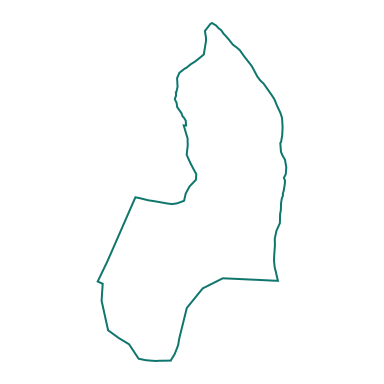 Funakaye, Gombe, Nigeria
{"feature_id": "59680162B83394095212312", "entity_name": "Funakaye", "entity_type": "district", "adm_level": 2, "iso_a3": "NGA", "parent_name": "Nigeria", "parent_adm1": "Gombe", "projection": "natural_earth1", "projection_center": [11.4, 10.81], "detail": "fine", "context": "isolated", "style": "outline", "palette": "teal", "viewbox_px": 384, "rotation_deg": 0, "n_neighbors": 0, "source": "geoboundaries", "source_scale": "gbopen_adm2", "svg_char_len": 2127}
<svg xmlns="http://www.w3.org/2000/svg" viewBox="0 0 384 384"><path d="M252.6,67.6L251.1,65.2L244.1,56.3L241.7,52.8L239.8,50.2L237.1,47.8L232.8,44.6L229.0,39.7L225.5,35.7L223.7,33.9L221.1,30.1L218.5,28.2L216.1,25.5L214.9,24.8L211.9,23.0L210.3,24.1L210.2,24.2L204.9,31.0L206.0,37.8L206.0,41.1L204.6,49.4L203.8,54.5L198.8,58.6L195.0,61.6L190.8,64.2L186.4,67.8L184.9,68.5L179.5,72.7L179.4,72.8L178.1,75.8L177.1,78.1L177.5,86.1L177.6,86.7L176.7,90.5L176.5,91.7L176.1,92.5L175.9,92.5L176.0,93.3L176.0,95.8L174.8,99.1L176.6,102.9L177.2,107.1L181.4,113.1L182.7,116.5L184.1,117.9L185.7,120.6L186.1,125.5L183.7,125.4L184.5,128.0L186.3,134.2L187.5,138.1L187.6,138.3L187.6,138.9L187.6,141.8L187.7,143.7L187.7,144.0L187.7,145.9L187.0,151.7L186.7,154.8L188.0,157.8L190.4,163.1L191.6,165.4L193.2,168.5L195.0,171.9L195.6,172.9L196.3,174.1L195.9,179.8L189.5,186.5L185.7,193.6L184.1,200.7L183.8,200.9L180.0,202.3L177.2,203.3L172.2,204.1L168.0,203.6L159.6,202.1L157.9,201.8L153.1,201.0L148.3,200.3L141.1,198.5L140.8,198.4L135.4,197.3L117.7,237.8L109.6,256.3L107.2,261.7L104.8,266.7L97.7,281.5L102.7,283.8L102.2,291.4L101.6,300.8L108.1,330.3L118.7,338.0L129.1,344.3L138.6,358.7L145.7,360.2L151.7,360.7L156.2,361.0L156.3,361.0L158.1,360.8L170.5,360.6L170.8,360.6L171.1,359.9L174.8,353.8L178.2,345.0L179.1,339.1L186.8,308.0L202.7,288.4L222.8,278.3L234.6,278.8L244.9,279.3L258.2,279.9L266.5,280.3L272.2,280.6L277.9,280.8L275.6,270.9L274.7,267.4L274.0,260.8L274.2,255.6L274.9,245.5L274.8,238.5L275.8,233.9L276.4,230.9L279.9,223.1L280.1,213.8L280.8,210.6L280.9,209.0L280.9,208.4L281.0,203.6L281.8,198.4L283.0,195.4L282.8,193.8L282.8,193.7L283.8,190.4L284.1,188.2L284.8,184.1L285.0,180.7L283.9,177.8L284.9,175.9L285.0,175.6L285.8,174.0L286.3,167.4L285.0,159.8L282.4,155.3L281.0,151.9L280.8,150.1L280.7,148.2L280.5,145.8L280.3,143.0L281.1,142.0L281.5,139.3L282.2,135.5L282.6,127.2L282.4,124.1L282.2,120.2L281.9,117.5L281.8,117.1L280.3,112.7L277.2,106.1L276.3,104.0L275.0,100.6L273.9,98.5L273.0,97.1L271.9,95.4L271.0,94.1L270.6,93.6L268.6,90.7L263.6,83.6L260.3,80.5L257.3,76.5L255.6,73.3L252.6,67.6Z" fill="none" stroke="#0f766e" stroke-width="2"/></svg>